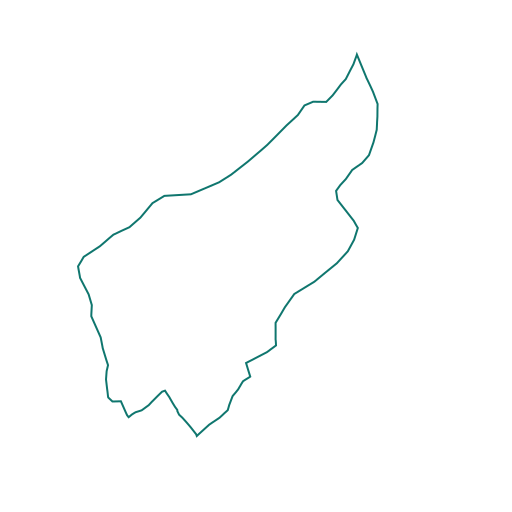 Lanny Jaya, Papua, Indonesia (Natural Earth projection), rotated 142°
{"feature_id": "22746128B21145180666794", "entity_name": "Lanny Jaya", "entity_type": "district", "adm_level": 2, "iso_a3": "IDN", "parent_name": "Indonesia", "parent_adm1": "Papua", "projection": "natural_earth1", "projection_center": [138.324, -3.957], "detail": "fine", "context": "isolated", "style": "outline", "palette": "teal", "viewbox_px": 512, "rotation_deg": 142, "n_neighbors": 0, "source": "geoboundaries", "source_scale": "gbopen_adm2", "svg_char_len": 2683}
<svg xmlns="http://www.w3.org/2000/svg" viewBox="0 0 512 512"><g transform="rotate(142 256 256)"><path d="M414.3,178.3L413.6,174.0L413.2,168.1L413.0,164.1L412.9,160.3L412.9,153.3L412.9,152.3L413.5,150.6L410.2,150.9L404.8,151.3L396.6,151.9L395.5,151.8L393.6,151.7L384.2,151.0L383.1,151.1L380.5,151.3L377.6,151.6L375.8,151.7L373.2,151.9L371.1,153.4L368.8,155.1L366.8,156.3L363.5,158.3L360.7,160.0L360.3,160.1L358.4,160.5L355.9,161.0L352.6,161.8L352.4,161.8L349.4,163.0L348.8,163.2L346.4,164.2L343.3,165.3L340.8,165.1L337.3,164.7L335.3,164.5L334.8,164.5L332.0,171.9L331.1,174.2L329.7,177.8L327.5,177.4L326.4,177.2L322.9,176.5L320.1,176.0L312.5,174.6L311.0,174.3L310.9,174.3L306.7,173.5L304.4,173.4L302.0,173.4L299.5,173.3L295.3,173.2L293.6,175.6L292.4,177.4L292.0,178.1L289.4,181.4L285.1,186.9L281.7,191.3L271.9,195.0L267.4,196.8L264.6,197.9L261.2,198.9L257.2,200.1L249.2,202.5L241.4,201.6L233.5,200.7L225.8,199.8L211.9,200.2L196.7,200.5L191.4,201.4L187.1,202.1L180.7,203.2L168.7,208.4L168.1,208.8L158.5,215.4L158.0,219.1L157.3,223.6L157.3,227.7L157.3,230.9L157.3,240.1L157.3,240.8L157.3,250.0L152.8,258.0L145.9,260.0L141.0,260.8L137.9,261.3L127.1,264.6L126.2,264.5L123.7,264.4L115.1,263.9L107.4,265.4L104.9,265.9L93.5,273.2L88.1,277.3L85.8,279.1L83.2,281.1L79.3,285.6L78.3,286.8L76.8,288.5L74.6,291.0L69.5,297.4L66.6,300.9L62.7,313.4L61.2,319.7L60.0,325.1L59.7,326.5L59.3,328.5L59.2,328.6L52.5,352.6L53.5,351.9L57.7,349.3L61.2,347.1L67.4,344.3L72.3,342.0L76.4,340.1L80.0,339.5L83.5,338.9L90.5,337.0L96.7,335.4L105.8,334.2L116.0,342.4L118.7,343.1L125.1,344.8L136.3,341.3L151.5,340.1L168.4,337.9L178.9,336.6L184.1,336.3L204.3,335.4L212.2,335.4L225.6,335.4L239.7,336.8L257.7,341.6L269.3,344.7L291.2,359.8L298.3,360.6L305.0,361.4L320.7,358.0L323.5,357.4L333.0,356.9L338.0,356.6L346.3,358.6L353.6,360.2L355.2,360.6L360.7,360.4L366.1,360.1L373.0,359.8L392.3,361.4L396.8,359.6L402.6,357.4L403.9,355.0L407.2,348.7L408.1,347.1L409.7,338.5L411.5,328.8L415.6,318.4L421.6,311.5L422.9,309.9L428.5,287.5L431.0,282.6L432.9,278.9L433.5,277.8L438.0,266.1L439.8,261.1L443.5,258.1L443.8,257.9L444.7,257.1L449.8,251.5L450.2,251.0L450.3,250.9L452.0,248.1L455.1,243.0L456.5,240.6L458.6,237.2L459.2,236.2L459.5,235.6L459.5,235.1L458.8,230.5L458.7,229.8L457.2,228.6L455.3,227.2L451.9,224.7L454.7,213.7L455.5,210.4L455.5,210.2L455.6,209.9L455.6,207.4L454.4,207.4L451.7,207.5L451.3,207.5L448.3,207.2L447.0,207.0L442.8,205.4L441.1,204.8L438.8,204.7L435.1,204.6L432.4,204.5L427.4,205.3L427.1,205.3L420.0,206.2L413.6,206.9L410.6,205.9L410.9,202.9L411.2,198.0L411.4,196.9L412.2,191.3L412.7,186.9L412.7,186.7L412.8,183.2L413.5,182.1L414.2,178.8L414.3,178.3Z" fill="none" stroke="#0f766e" stroke-width="2"/></g></svg>